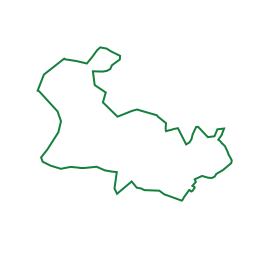 the district of Igbo-Eze-South, Enugu, Nigeria, rotated 343°
{"feature_id": "59680162B63088628372837", "entity_name": "Igbo-Eze-South", "entity_type": "district", "adm_level": 2, "iso_a3": "NGA", "parent_name": "Nigeria", "parent_adm1": "Enugu", "projection": "albers", "projection_center": [7.412, 6.949], "detail": "fine", "context": "isolated", "style": "outline", "palette": "green", "viewbox_px": 256, "rotation_deg": 343, "n_neighbors": 0, "source": "geoboundaries", "source_scale": "gbopen_adm2", "svg_char_len": 1488}
<svg xmlns="http://www.w3.org/2000/svg" viewBox="0 0 256 256"><g transform="rotate(343 128 128)"><path d="M219.7,156.6L213.1,155.4L208.3,161.2L201.7,160.1L195.4,147.4L193.5,146.9L187.9,153.1L185.5,157.2L182.6,159.7L178.8,160.7L175.7,142.8L172.0,142.4L170.6,142.3L168.5,142.5L166.8,142.2L163.5,142.2L163.5,140.8L164.0,139.0L165.8,134.5L159.8,125.7L159.5,124.4L145.4,115.2L142.1,113.0L136.8,112.8L121.3,114.1L111.5,96.2L117.1,87.5L108.7,77.2L111.0,63.5L120.1,66.6L124.5,67.2L128.3,66.4L131.0,63.3L140.2,60.1L141.5,56.7L134.0,49.6L130.8,45.8L125.0,42.8L121.3,44.5L114.4,49.7L107.5,54.3L98.1,48.8L87.9,43.9L87.3,43.0L63.2,52.3L52.5,65.9L53.8,67.0L65.5,91.6L65.9,101.7L65.9,101.9L60.2,111.7L44.7,124.9L36.3,130.7L36.5,135.3L43.1,141.5L51.9,147.4L61.7,148.4L69.7,151.7L70.3,152.2L74.6,153.5L86.7,155.9L93.4,161.7L100.1,165.1L104.4,166.9L97.4,181.9L98.3,187.7L115.9,180.2L118.9,187.6L123.1,189.8L124.4,191.2L124.9,191.6L125.5,192.2L139.6,197.1L143.5,202.3L144.6,203.0L158.2,213.2L158.8,212.9L162.0,210.0L168.4,205.2L169.0,205.7L169.5,206.7L170.2,207.3L171.9,206.6L173.0,205.6L173.6,205.0L174.3,204.6L174.3,203.8L174.0,203.3L172.7,202.1L177.1,199.4L176.8,196.6L184.8,195.5L190.0,198.9L193.5,200.3L196.5,199.9L199.0,197.8L199.1,197.7L206.5,196.0L216.4,191.8L217.7,189.5L217.6,188.2L216.4,182.7L216.3,180.6L216.4,180.4L215.4,173.6L213.5,170.3L213.0,169.5L212.6,168.0L210.9,165.6L214.5,162.9L216.1,161.5L217.0,160.0L218.2,158.6L219.7,156.6Z" fill="none" stroke="#15803d" stroke-width="2"/></g></svg>